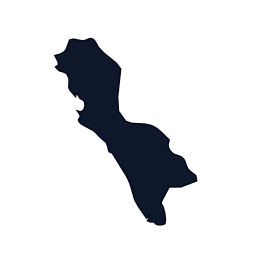 an SVG outline of Zambales, rotated 340°
{"feature_id": "PHL-2560", "entity_name": "Zambales", "entity_type": "Province", "adm_level": 1, "iso_a3": "PHL", "parent_name": "Philippines", "parent_adm1": "", "projection": "natural_earth1", "projection_center": [120.095, 15.304], "detail": "fine", "context": "isolated", "style": "filled", "palette": "ink", "viewbox_px": 256, "rotation_deg": 340, "n_neighbors": 0, "source": "natural_earth", "source_scale": "10m", "svg_char_len": 1404}
<svg xmlns="http://www.w3.org/2000/svg" viewBox="0 0 256 256"><g transform="rotate(340 128 128)"><path d="M135.3,207.5L133.2,210.0L134.0,214.4L133.3,221.0L131.8,227.2L129.9,230.5L127.7,230.6L124.8,229.9L122.3,228.7L121.2,227.4L120.3,225.2L116.2,223.5L114.6,221.7L115.9,221.1L116.8,220.3L117.3,219.2L117.9,217.7L117.2,218.1L114.6,219.1L110.9,205.0L109.8,197.9L110.9,180.9L110.3,173.3L104.7,146.4L103.2,144.7L102.2,143.9L102.2,142.1L102.6,138.8L102.7,134.6L102.0,133.1L98.8,127.4L96.1,121.2L94.4,118.3L85.4,108.1L84.0,104.7L84.4,103.1L86.8,101.4L87.3,100.3L87.2,98.6L87.0,97.3L86.2,94.6L89.2,96.7L92.4,95.9L95.0,93.0L96.1,88.7L95.8,87.4L95.0,86.0L94.1,84.8L93.3,84.3L92.9,83.4L92.6,81.3L91.9,79.1L90.6,77.7L90.3,78.5L89.5,80.4L86.6,73.2L86.2,70.7L86.6,68.7L88.7,63.8L89.5,61.2L89.0,55.7L86.3,53.1L82.9,50.6L80.7,45.9L84.2,44.9L85.0,42.0L84.1,34.9L84.7,35.0L89.2,35.4L93.3,34.9L96.8,33.1L103.2,25.4L107.0,25.8L115.2,30.7L117.4,31.1L121.9,30.9L123.9,31.3L125.8,33.1L126.8,36.0L127.7,42.0L130.7,49.0L139.0,62.9L141.3,70.0L128.9,95.1L124.8,108.9L128.0,120.8L133.0,124.9L145.4,130.2L151.0,133.8L154.7,138.0L157.6,142.9L162.6,153.4L160.8,155.8L159.7,158.0L159.3,160.5L159.7,163.6L161.2,167.1L163.2,169.3L165.7,171.1L168.3,173.7L169.8,176.7L170.1,179.6L169.9,182.6L170.1,186.0L171.0,188.9L175.3,196.0L174.5,201.1L157.7,201.4L146.5,197.5L135.3,207.5Z" fill="#0f172a" stroke="#020617" stroke-width="1.5"/></g></svg>